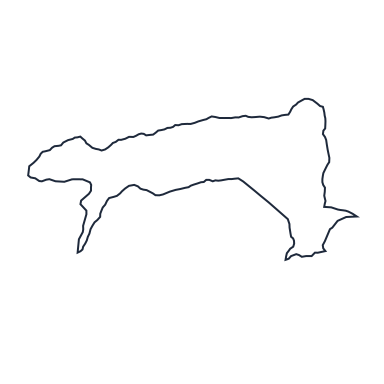 outline of São Benedito, Ceará, Brazil, rotated 353°
{"feature_id": "56859067B56740844379341", "entity_name": "São Benedito", "entity_type": "district", "adm_level": 2, "iso_a3": "BRA", "parent_name": "Brazil", "parent_adm1": "Ceará", "projection": "albers", "projection_center": [-40.987, -4.067], "detail": "fine", "context": "isolated", "style": "outline", "palette": "slate", "viewbox_px": 384, "rotation_deg": 353, "n_neighbors": 0, "source": "geoboundaries", "source_scale": "gbopen_adm2", "svg_char_len": 3219}
<svg xmlns="http://www.w3.org/2000/svg" viewBox="0 0 384 384"><g transform="rotate(353 192 192)"><path d="M71.1,238.2L74.1,237.2L76.3,235.7L77.3,233.0L79.7,230.2L81.7,227.2L83.1,223.9L85.1,220.8L86.8,216.5L89.1,213.3L91.6,210.2L94.6,208.3L97.8,205.5L98.3,202.4L99.6,199.9L101.5,196.5L104.3,194.0L106.5,190.5L109.0,187.9L113.6,187.3L117.0,186.7L120.5,184.6L122.5,182.8L126.0,180.4L130.2,178.2L135.5,177.9L139.0,179.8L141.2,182.4L144.0,183.7L147.2,184.6L152.9,188.5L155.3,190.7L159.1,191.3L162.9,190.9L166.5,189.9L170.1,188.9L176.1,187.9L180.8,187.6L185.8,187.0L189.2,186.8L191.5,185.6L194.5,184.9L198.4,184.2L202.1,183.4L204.9,183.5L207.6,181.7L210.7,182.1L213.9,183.9L216.6,183.3L219.5,184.0L222.4,184.0L225.8,183.8L229.7,183.6L232.9,184.0L235.9,184.0L239.6,184.1L244.1,187.8L254.1,198.2L259.9,204.4L262.6,207.2L266.6,211.4L268.6,213.6L283.8,230.6L284.3,233.2L284.8,235.6L284.5,239.3L284.7,245.0L284.9,248.5L286.7,250.4L287.3,252.8L287.1,255.7L285.8,258.6L282.5,260.3L280.8,262.2L278.7,264.3L277.6,267.3L276.6,270.7L279.9,270.0L282.5,267.7L287.9,266.4L290.5,267.6L293.1,269.7L297.4,269.5L302.9,270.2L306.6,267.2L309.5,267.6L317.2,266.9L315.4,263.9L315.3,260.7L317.9,257.0L324.4,245.7L326.9,244.5L333.0,238.4L342.0,235.6L352.6,236.4L348.8,233.2L344.8,230.5L342.3,229.3L339.8,228.6L337.3,228.0L334.7,227.2L331.5,225.7L328.3,224.2L325.2,223.6L321.4,222.9L322.3,220.0L323.4,217.2L323.1,214.5L322.8,211.8L323.8,208.0L324.5,203.9L323.1,201.0L322.6,198.1L323.0,195.0L323.9,191.7L324.7,189.2L326.5,186.4L328.4,183.5L329.9,181.3L331.8,179.1L332.5,174.9L332.1,170.3L331.8,166.4L331.6,161.3L331.5,156.7L330.7,153.6L329.0,150.5L329.9,147.1L331.9,145.2L332.5,141.8L333.1,138.0L333.3,135.0L333.0,132.4L333.0,129.2L332.7,126.1L332.3,123.4L329.6,122.3L327.2,119.6L323.0,115.5L319.1,113.8L315.1,113.3L311.8,114.6L308.1,116.1L306.0,117.9L302.8,119.5L300.6,122.1L299.3,124.2L297.1,126.9L293.4,126.8L290.3,126.9L286.8,127.7L282.7,127.9L279.8,127.9L277.1,128.4L272.8,126.5L268.6,125.5L263.5,125.3L260.3,125.1L257.0,124.3L254.6,122.9L251.4,122.9L247.4,123.7L244.1,123.2L239.9,123.4L236.7,122.9L232.9,122.5L228.3,121.9L224.3,120.4L220.7,119.4L217.5,120.5L215.2,121.5L211.9,121.9L209.4,122.3L206.9,122.7L203.1,123.7L198.9,124.3L195.5,123.8L192.9,123.6L190.1,123.4L186.7,124.1L183.5,123.5L181.1,125.1L178.4,125.6L175.4,125.4L172.3,126.5L169.0,126.8L165.9,126.9L163.2,128.7L160.4,130.3L156.8,130.2L153.4,130.2L151.2,128.4L148.7,127.8L146.1,128.2L143.3,129.4L140.6,130.2L136.2,129.6L132.3,131.0L128.0,131.6L125.4,131.2L122.4,133.0L119.4,133.7L117.5,135.3L114.3,137.5L110.9,139.2L107.3,139.8L104.7,138.4L101.8,137.5L98.5,136.0L95.4,132.7L93.1,130.8L92.0,127.9L89.8,125.6L87.9,123.4L84.9,123.8L82.3,123.7L80.1,124.8L75.3,125.4L70.3,127.2L67.7,129.7L65.2,129.9L61.1,129.8L58.5,131.0L56.0,133.1L51.4,133.7L48.7,133.9L46.5,135.6L44.8,138.2L41.5,141.3L38.3,143.7L35.9,145.2L33.6,146.6L32.8,150.0L31.4,155.6L33.6,157.9L38.1,159.3L41.7,162.5L44.3,163.1L48.9,162.0L52.0,161.9L57.8,164.7L66.5,166.3L74.5,164.8L77.6,165.1L85.0,166.1L91.9,170.0L92.8,172.7L92.3,175.1L91.9,178.4L89.5,181.2L80.9,187.0L79.8,190.5L84.9,197.6L84.5,201.2L79.8,212.3L79.5,215.8L78.7,218.5L74.0,225.1L71.7,235.4L71.1,238.2Z" fill="none" stroke="#1e293b" stroke-width="2"/></g></svg>